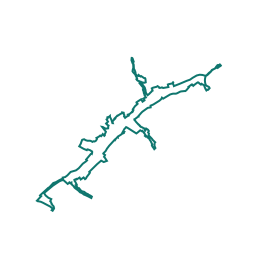 the district of Balan, Harghita, Romania, rotated 80°
{"feature_id": "2599482B6539282890609", "entity_name": "Balan", "entity_type": "district", "adm_level": 2, "iso_a3": "ROU", "parent_name": "Romania", "parent_adm1": "Harghita", "projection": "orthographic", "projection_center": [25.807, 46.657], "detail": "fine", "context": "isolated", "style": "outline", "palette": "teal", "viewbox_px": 256, "rotation_deg": 80, "n_neighbors": 0, "source": "geoboundaries", "source_scale": "gbopen_adm2", "svg_char_len": 5818}
<svg xmlns="http://www.w3.org/2000/svg" viewBox="0 0 256 256"><g transform="rotate(80 128 128)"><path d="M83.6,29.7L84.4,29.2L83.5,27.6L83.0,26.1L82.6,25.7L81.4,26.5L81.8,27.1L81.9,27.5L81.7,27.8L81.8,28.3L81.6,28.6L81.9,29.3L82.2,29.4L82.7,30.2L82.9,30.1L83.6,31.0L84.4,32.0L84.8,32.9L85.0,33.9L85.4,35.3L86.7,36.6L87.7,38.6L89.9,41.7L89.8,43.2L88.7,45.4L88.0,48.1L88.2,51.2L89.8,55.6L91.2,58.6L91.7,61.8L93.5,69.6L94.0,72.1L94.7,75.5L94.2,75.5L92.2,76.1L91.0,75.5L90.8,75.6L90.8,75.8L91.8,76.6L91.9,80.3L92.1,81.2L94.7,81.1L94.7,86.5L93.9,87.5L94.1,88.8L93.9,90.2L93.1,90.4L91.9,91.6L92.4,92.8L92.6,95.8L92.7,96.6L93.1,97.7L94.3,97.4L95.5,97.3L95.8,98.2L96.4,98.7L97.2,100.0L98.0,101.0L99.1,103.0L97.8,103.7L96.5,104.2L95.3,104.3L93.5,104.2L91.0,104.5L88.3,105.9L87.3,106.2L86.1,106.8L84.9,107.8L84.8,107.2L85.2,106.9L85.3,106.5L86.0,105.1L86.3,103.8L86.1,102.6L82.7,102.3L81.9,102.5L81.6,103.5L79.2,106.0L79.5,106.6L77.8,108.2L78.6,108.5L78.1,109.7L77.2,110.6L76.3,111.1L74.3,111.0L71.7,111.5L70.7,111.9L66.7,111.4L64.0,111.9L63.7,110.9L60.3,111.4L59.7,111.8L59.6,112.2L60.1,112.4L61.5,112.4L61.9,112.6L61.9,112.8L62.2,112.8L62.6,112.6L63.2,112.6L65.3,112.2L66.0,111.8L69.6,112.3L71.4,113.2L73.0,113.7L74.3,113.1L76.4,111.7L78.2,110.7L78.3,111.2L80.6,110.4L81.7,110.5L81.7,111.1L82.4,110.8L83.2,110.1L83.9,108.7L84.0,108.4L85.5,108.1L85.8,108.9L89.1,107.1L88.9,106.8L91.1,105.9L92.3,105.7L92.4,106.4L93.2,106.2L93.3,106.6L94.8,106.3L96.3,106.3L96.4,105.9L96.9,105.9L97.0,106.1L98.3,106.0L98.2,105.7L99.6,105.6L101.0,105.1L101.4,107.0L101.7,107.7L103.0,107.0L103.6,106.9L104.6,109.1L103.2,109.6L102.0,109.8L102.0,110.1L103.2,113.0L104.2,115.2L104.5,115.3L105.9,114.4L106.9,115.9L107.7,117.3L110.4,120.0L111.1,119.6L111.3,120.1L112.3,120.2L113.0,120.8L112.8,121.3L113.3,121.6L113.5,122.3L114.2,123.4L114.6,124.2L114.8,125.7L115.9,125.2L116.6,127.5L117.5,129.1L115.8,129.9L114.8,129.3L113.9,129.7L112.2,129.6L111.6,131.1L112.5,131.4L112.7,132.7L114.2,136.2L114.0,136.4L115.1,137.9L116.0,139.2L116.2,139.5L116.6,139.1L118.5,141.9L120.1,142.2L120.6,142.1L120.5,142.5L117.1,142.9L114.0,143.8L113.0,143.7L113.7,144.8L113.8,146.1L113.9,146.5L115.1,146.4L115.8,147.6L118.3,146.6L119.7,148.7L120.3,148.2L120.5,148.4L121.3,147.8L122.2,146.7L123.0,147.2L124.9,147.6L124.8,149.8L124.4,150.6L122.6,152.7L122.4,153.3L127.9,150.4L130.2,152.0L131.2,152.1L131.6,152.7L129.6,153.9L130.8,155.1L131.4,155.9L130.6,156.7L131.5,158.3L132.3,160.8L133.3,160.4L134.9,161.7L135.5,163.2L135.1,164.4L135.5,165.4L134.4,166.7L133.9,167.7L133.5,170.1L132.6,171.9L131.5,173.1L131.5,173.9L131.7,175.2L134.2,176.7L135.1,177.1L137.6,179.2L140.9,175.2L142.7,172.4L142.0,171.7L142.1,171.3L143.5,168.9L144.2,168.3L144.9,167.4L146.2,167.6L147.0,168.0L146.7,168.2L147.2,169.2L151.8,174.7L152.8,174.0L153.5,175.0L155.3,178.7L159.1,183.5L160.4,186.0L160.7,186.7L161.3,192.1L164.2,196.0L165.4,198.4L165.5,200.9L167.0,200.9L166.7,202.0L167.4,204.6L168.8,208.4L169.2,211.1L172.7,215.7L173.2,217.1L173.8,218.0L178.8,225.9L179.2,226.4L179.5,226.2L180.1,225.4L183.8,230.3L184.5,229.5L184.7,228.7L185.5,226.7L186.8,224.8L192.0,218.1L194.4,216.2L195.0,216.5L195.7,217.4L196.4,216.6L194.7,215.0L194.1,214.7L193.7,214.9L192.8,214.8L192.2,214.9L190.7,215.9L189.7,216.1L189.4,216.5L187.8,216.6L186.6,217.3L184.7,215.9L182.9,218.5L180.2,220.8L177.5,222.0L171.7,211.9L168.6,204.9L168.1,202.8L168.0,200.7L172.6,197.1L172.0,195.9L171.3,195.1L171.6,194.7L172.5,194.3L172.0,193.2L173.1,193.3L173.9,193.0L174.6,192.7L176.7,190.9L177.2,191.2L178.6,190.1L179.9,188.6L180.0,188.7L181.1,187.7L183.0,186.4L184.1,184.6L185.7,183.1L185.2,182.7L186.1,181.0L186.8,181.5L188.6,178.9L190.6,176.3L189.3,175.5L188.7,176.1L188.1,176.7L186.9,178.4L186.2,178.9L185.1,180.6L183.2,182.3L182.4,184.2L181.0,185.8L180.7,185.6L178.8,186.7L178.9,187.1L177.3,188.6L177.2,188.4L175.2,189.3L175.0,188.3L171.3,189.4L170.7,189.8L169.7,189.8L169.2,187.6L169.7,187.4L168.4,184.3L170.5,183.5L169.0,180.3L170.9,179.2L170.4,178.2L169.1,177.2L166.2,174.0L165.4,173.3L164.5,173.8L158.3,164.8L155.5,160.1L157.3,157.8L156.7,154.5L152.7,156.2L152.2,156.6L150.6,155.3L149.0,156.8L148.8,156.8L146.8,154.0L144.7,152.3L142.2,149.6L137.3,143.2L137.7,142.9L137.5,142.7L137.1,142.9L136.3,141.5L135.0,139.8L135.1,139.7L134.9,139.7L134.7,139.5L133.4,136.2L132.4,134.7L132.6,134.5L132.4,133.9L132.4,133.5L132.2,132.9L131.5,132.8L131.2,132.4L130.8,133.1L130.7,133.4L130.7,133.6L128.1,131.5L127.4,130.3L126.8,129.7L127.5,128.7L134.8,120.7L134.0,119.1L132.4,116.4L133.6,114.9L133.3,114.3L137.6,112.1L138.1,112.0L138.7,112.7L139.4,112.1L138.9,111.5L139.5,111.0L140.5,110.0L140.8,110.3L141.7,109.4L142.4,108.9L143.5,108.6L144.4,108.1L148.2,107.0L148.6,107.0L149.0,107.5L150.4,107.2L152.4,106.2L153.4,105.8L153.0,105.2L152.5,104.5L150.5,105.0L149.4,104.9L147.4,104.4L146.8,103.7L144.2,105.6L142.6,106.4L138.7,109.0L137.2,108.3L135.8,109.0L134.6,108.0L133.2,108.6L131.9,110.0L133.6,111.6L132.8,111.8L131.6,111.8L131.7,112.0L130.0,113.6L129.1,115.2L128.9,115.4L128.5,115.7L128.4,115.5L127.3,116.2L126.0,117.2L126.1,117.3L122.9,119.3L121.9,119.7L121.1,120.3L120.5,120.2L120.4,119.6L118.7,116.3L118.6,115.7L118.2,115.8L115.2,112.1L114.4,110.9L111.6,105.1L111.6,102.1L109.9,101.9L109.3,99.1L106.6,92.4L105.6,90.7L104.9,89.9L104.0,89.3L105.2,88.3L102.3,80.7L102.1,79.2L102.0,77.6L102.5,74.8L102.3,73.5L101.3,70.4L101.2,69.3L101.4,66.3L101.6,65.1L100.9,63.9L98.5,61.0L98.0,61.3L96.2,57.8L96.3,57.3L96.9,57.4L97.1,57.3L97.4,56.9L97.2,55.9L97.5,55.9L96.5,54.2L95.2,51.5L95.3,50.9L95.8,50.4L96.4,50.1L97.9,48.7L97.2,48.0L99.1,45.7L101.3,45.3L103.0,44.9L104.6,44.3L104.4,44.0L104.4,43.7L104.0,43.3L104.3,42.7L104.3,42.4L102.9,40.7L101.6,41.2L101.2,41.7L100.4,42.9L99.1,44.0L96.9,44.2L94.3,44.0L92.6,43.5L90.4,42.6L89.6,40.6L87.0,36.7L85.9,35.5L85.3,34.3L84.3,31.3L84.1,30.6L83.6,29.7Z" fill="none" stroke="#0f766e" stroke-width="2"/></g></svg>